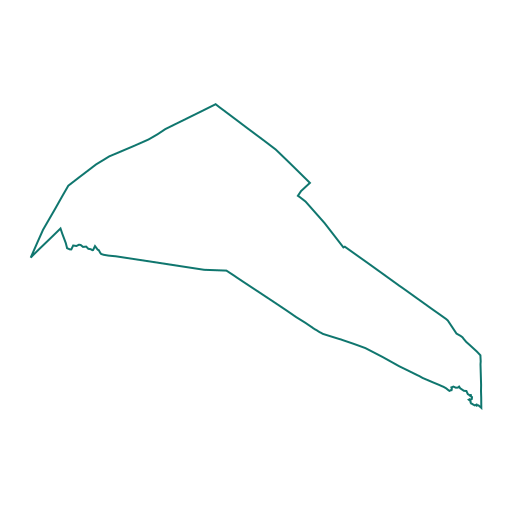 San Andrés Nuxiño, Oaxaca, Mexico
{"feature_id": "50627088B2434012555400", "entity_name": "San Andrés Nuxiño", "entity_type": "district", "adm_level": 2, "iso_a3": "MEX", "parent_name": "Mexico", "parent_adm1": "Oaxaca", "projection": "orthographic", "projection_center": [-97.045, 17.229], "detail": "fine", "context": "isolated", "style": "outline", "palette": "teal", "viewbox_px": 512, "rotation_deg": 0, "n_neighbors": 0, "source": "geoboundaries", "source_scale": "gbopen_adm2", "svg_char_len": 2109}
<svg xmlns="http://www.w3.org/2000/svg" viewBox="0 0 512 512"><path d="M215.6,104.2L214.7,104.7L192.9,115.5L175.0,124.3L165.3,129.1L157.5,134.3L148.5,139.5L132.4,146.6L109.4,156.3L96.1,164.4L79.3,177.2L68.3,185.7L62.3,196.1L55.1,208.9L49.9,217.9L42.9,230.0L42.5,231.0L37.8,241.5L31.3,256.3L30.7,257.6L31.7,256.6L32.8,255.4L39.6,248.7L49.4,239.3L60.5,228.5L62.3,233.8L65.8,243.1L67.1,248.2L69.9,249.4L71.3,249.4L73.2,245.5L76.4,246.0L79.0,244.7L80.7,245.0L83.0,246.9L86.2,246.6L88.3,248.8L90.7,249.2L92.4,250.2L93.1,250.0L95.0,246.1L97.7,249.7L98.8,250.2L100.2,252.8L101.2,254.0L103.7,254.8L108.5,255.6L115.9,256.3L204.2,269.8L226.4,270.6L234.8,276.1L236.5,277.3L242.8,281.5L267.8,298.0L286.3,310.3L296.0,317.0L305.2,322.7L312.7,327.8L313.0,328.1L314.8,329.2L315.3,329.6L315.7,329.7L317.1,330.5L317.9,331.1L318.3,331.3L319.5,332.1L321.0,332.8L322.9,333.9L332.8,337.0L339.9,339.2L340.1,339.2L341.4,339.6L341.6,339.7L342.4,340.0L352.7,343.5L357.2,345.1L365.4,348.1L382.4,356.9L399.1,366.2L417.0,375.0L418.5,375.7L419.2,376.0L422.7,378.0L432.8,382.3L439.1,384.9L442.4,386.4L442.6,386.4L444.0,387.1L446.1,388.3L448.8,390.5L449.6,390.9L450.6,390.2L451.5,390.2L451.7,389.7L451.8,388.5L451.4,387.4L453.4,386.6L455.8,387.7L457.9,387.6L459.1,386.6L460.2,388.3L463.9,390.8L466.4,391.0L467.8,394.1L469.4,395.1L470.8,395.0L470.9,395.5L470.4,396.0L472.0,397.1L471.8,399.0L470.5,399.8L469.7,399.2L468.8,399.7L470.3,400.9L470.6,401.5L470.6,402.6L471.3,403.6L472.1,403.8L472.9,404.4L474.8,405.4L476.5,404.6L476.8,405.6L477.9,405.2L478.2,405.3L478.8,405.6L479.6,406.4L480.1,406.7L481.3,407.8L481.2,397.3L481.1,394.3L481.0,390.9L481.1,385.1L480.5,364.3L480.7,361.4L480.4,355.3L476.8,351.5L469.6,344.9L466.2,341.9L463.6,338.8L462.5,337.3L460.6,335.9L456.5,333.6L447.8,320.5L446.1,319.0L430.4,307.9L401.9,287.5L398.5,285.2L398.3,285.0L372.9,266.7L344.8,246.7L343.4,247.4L324.5,223.0L306.2,202.3L306.0,202.1L305.6,201.6L299.8,197.1L297.9,195.8L301.1,191.0L309.9,182.9L309.2,182.2L289.9,163.2L275.7,149.5L263.2,140.0L247.5,128.3L231.6,116.3L220.1,107.7L219.8,107.5L215.6,104.2Z" fill="none" stroke="#0f766e" stroke-width="2"/></svg>